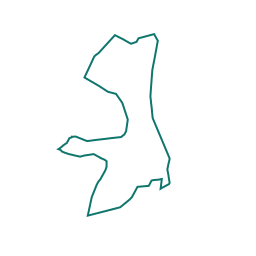 outline of Mawza', Ta`izz, Yemen, rotated 24°
{"feature_id": "15242507B74407573652293", "entity_name": "Mawza'", "entity_type": "district", "adm_level": 2, "iso_a3": "YEM", "parent_name": "Yemen", "parent_adm1": "Ta`izz", "projection": "natural_earth1", "projection_center": [43.597, 13.366], "detail": "fine", "context": "isolated", "style": "outline", "palette": "teal", "viewbox_px": 256, "rotation_deg": 24, "n_neighbors": 0, "source": "geoboundaries", "source_scale": "gbopen_adm2", "svg_char_len": 1715}
<svg xmlns="http://www.w3.org/2000/svg" viewBox="0 0 256 256"><g transform="rotate(24 128 128)"><path d="M179.1,142.1L179.1,141.5L179.1,141.4L178.9,140.5L178.8,140.2L178.5,139.3L178.4,138.9L172.7,133.5L151.4,113.5L146.5,108.9L143.4,103.5L141.3,99.7L140.1,97.7L139.0,95.9L138.1,94.3L138.0,94.1L135.6,90.0L131.7,79.3L127.0,66.1L126.8,65.8L125.3,59.4L123.4,51.2L122.8,48.7L122.5,47.7L122.4,47.1L121.8,44.6L120.2,38.2L119.8,36.2L114.0,31.9L113.8,31.6L113.7,31.6L113.3,31.9L112.2,32.8L109.0,35.4L101.1,41.8L101.1,42.3L100.7,45.9L96.5,49.8L92.6,49.5L87.1,48.9L86.1,48.9L78.3,48.5L70.6,71.6L68.6,75.0L68.1,76.6L67.7,99.6L84.6,101.4L86.3,101.7L94.9,103.1L103.2,101.7L112.6,107.4L124.3,120.3L124.5,120.9L125.6,124.7L127.1,130.1L127.6,131.7L127.3,135.4L126.4,137.0L125.4,139.1L125.0,139.3L115.9,144.6L115.7,144.7L111.3,147.4L103.3,152.1L97.8,155.5L95.8,156.6L91.3,156.8L90.2,156.8L88.2,156.9L83.6,157.1L80.8,158.6L80.5,158.8L80.3,158.8L80.3,159.0L80.4,159.4L80.3,159.5L79.3,160.4L78.7,161.0L78.6,161.3L78.2,166.5L76.1,169.9L74.5,173.3L74.4,173.5L73.0,175.6L75.0,175.5L76.4,175.9L77.4,176.4L81.0,176.2L84.3,175.9L84.5,175.9L86.0,175.6L88.1,175.2L88.3,175.1L89.8,174.9L91.9,174.5L93.2,174.2L95.8,173.7L98.5,171.6L99.0,171.1L102.3,169.0L107.3,165.8L113.1,166.3L114.2,166.4L115.0,166.4L115.1,166.6L119.0,166.5L119.5,166.5L122.0,167.1L124.2,172.2L124.5,176.1L123.6,186.1L122.8,188.9L122.5,192.4L123.0,205.9L126.9,224.4L153.1,203.6L158.1,193.7L158.7,192.3L159.7,189.6L160.6,177.9L170.5,172.4L170.9,166.4L172.3,165.3L177.4,162.5L179.4,160.9L179.6,160.8L182.5,170.2L183.3,169.0L188.3,162.5L188.3,161.1L185.7,157.2L184.7,155.6L183.9,154.3L181.1,150.3L180.8,149.9L179.1,142.1Z" fill="none" stroke="#0f766e" stroke-width="2"/></g></svg>